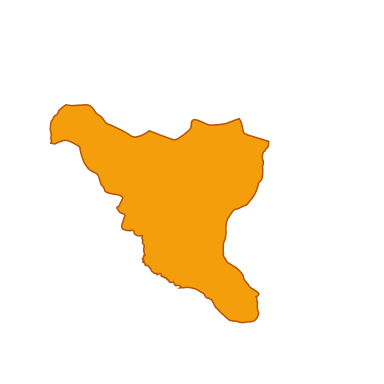 Sanasomboon, Champasak, Laos, rotated 237°
{"feature_id": "54806243B13253322740036", "entity_name": "Sanasomboon", "entity_type": "district", "adm_level": 2, "iso_a3": "LAO", "parent_name": "Laos", "parent_adm1": "Champasak", "projection": "mercator", "projection_center": [105.689, 15.318], "detail": "fine", "context": "isolated", "style": "filled", "palette": "amber", "viewbox_px": 384, "rotation_deg": 237, "n_neighbors": 0, "source": "geoboundaries", "source_scale": "gbopen_adm2", "svg_char_len": 6000}
<svg xmlns="http://www.w3.org/2000/svg" viewBox="0 0 384 384"><g transform="rotate(237 192 192)"><path d="M333.8,133.7L333.6,129.4L333.2,127.0L332.9,124.7L330.7,121.7L330.5,117.4L328.8,114.6L327.5,111.8L324.9,109.6L321.4,107.0L317.1,105.5L315.3,103.9L314.0,102.9L311.9,102.2L310.2,100.7L310.0,100.1L307.1,102.9L306.7,104.8L306.7,106.0L305.3,111.8L303.7,114.9L300.3,117.6L297.3,119.3L293.6,121.3L291.2,122.2L290.5,122.2L287.4,120.8L283.0,119.3L277.3,117.9L274.6,117.5L268.5,117.7L267.3,118.0L264.3,119.1L260.0,121.7L258.6,122.2L256.7,122.3L252.5,121.2L248.3,119.9L247.0,119.9L245.1,120.3L243.3,120.3L240.2,119.5L238.9,119.9L237.4,120.7L232.6,125.4L231.3,127.0L230.1,128.3L227.8,130.0L226.5,130.6L225.2,131.0L224.2,130.0L223.5,128.9L222.3,126.8L220.6,124.1L220.1,123.1L219.8,122.5L219.8,122.2L219.9,121.8L220.2,121.2L220.2,120.8L218.7,120.2L214.6,120.3L213.3,120.9L211.6,122.1L210.2,123.0L209.2,123.1L208.8,123.1L206.5,119.9L204.9,118.2L204.1,117.1L203.5,116.2L202.4,115.1L200.7,114.0L199.7,113.7L198.8,113.7L197.9,114.1L196.9,115.2L195.5,115.9L195.1,116.4L194.8,117.3L194.6,117.6L194.4,117.8L193.8,118.1L193.4,118.4L193.2,118.7L193.1,119.0L193.2,119.7L192.9,120.7L192.3,121.3L191.5,121.8L191.0,121.9L190.6,121.9L188.8,121.1L188.1,120.9L187.3,121.3L186.5,121.7L184.9,122.6L184.1,123.7L182.3,126.6L181.5,125.7L180.9,125.3L180.3,124.7L179.9,124.6L179.5,124.8L179.1,124.8L178.7,124.6L177.8,124.0L176.4,122.8L175.8,122.6L175.2,122.7L174.8,122.7L174.3,122.9L173.3,122.8L173.1,122.6L172.8,122.6L172.6,122.4L172.5,122.1L172.4,122.0L171.8,122.0L171.6,121.8L171.5,121.7L171.4,121.3L171.2,121.0L171.0,120.7L170.0,120.2L169.6,119.8L169.0,119.7L168.3,119.1L167.7,119.1L167.2,119.0L166.4,118.5L165.7,118.3L164.6,118.3L164.4,118.2L164.5,117.8L164.8,117.4L164.9,117.2L164.9,116.9L164.6,116.5L163.8,116.0L163.4,115.7L163.0,114.8L163.0,114.6L163.2,114.4L163.2,114.2L162.9,113.9L162.2,113.8L161.8,114.1L161.4,114.2L161.0,114.5L160.7,114.5L160.4,114.2L160.4,113.6L160.5,113.1L160.5,112.8L160.4,112.7L160.2,112.6L159.9,112.8L159.4,112.8L159.2,112.9L158.5,113.6L157.9,113.8L157.7,113.8L157.1,113.3L156.5,113.1L156.4,113.0L156.2,112.9L155.9,112.9L155.7,113.0L154.8,114.5L154.3,114.9L154.2,115.0L153.8,115.0L153.6,114.9L152.9,115.0L152.2,115.2L150.9,115.7L150.6,115.3L150.5,115.2L150.0,115.2L149.4,115.5L148.9,115.5L147.8,115.0L147.3,115.0L147.1,115.1L146.4,115.5L146.1,115.6L145.1,115.7L144.5,116.0L144.1,116.2L143.9,116.5L143.7,117.3L143.4,117.7L142.9,117.8L142.3,117.9L141.8,117.5L141.5,117.7L141.4,117.9L141.4,118.3L141.2,118.9L141.2,119.2L141.4,120.1L140.7,121.3L140.2,121.5L139.7,121.5L139.4,121.3L138.9,120.7L138.5,120.4L138.2,120.4L137.9,120.4L137.3,120.9L137.0,121.1L136.9,121.3L136.9,121.7L136.7,122.0L135.7,122.0L135.3,122.1L134.7,122.5L134.5,122.8L134.4,123.2L134.2,123.3L134.0,123.6L133.7,123.8L133.2,123.8L132.6,123.4L132.2,123.4L132.0,123.5L131.6,123.9L131.4,124.0L130.6,124.0L130.3,124.1L129.9,124.3L129.6,124.3L129.1,124.0L128.8,124.0L128.5,124.1L128.2,124.3L127.5,125.2L127.4,125.5L127.4,126.0L127.3,126.3L127.0,126.7L126.7,127.1L126.4,127.2L126.1,127.3L124.9,127.1L123.4,127.1L122.2,127.3L121.9,128.3L121.6,129.0L120.8,129.9L120.1,130.5L119.3,131.0L118.9,131.1L118.7,131.1L118.5,130.7L118.3,129.4L117.8,130.4L116.6,132.4L116.2,132.7L116.2,133.1L116.1,133.3L115.8,133.8L115.6,134.1L115.6,134.3L115.2,134.9L114.9,135.7L114.4,136.2L114.2,136.6L112.9,138.3L108.3,142.6L101.7,145.7L101.4,146.1L101.0,146.3L99.9,146.6L99.5,146.4L98.7,146.3L98.0,146.4L97.6,146.6L97.2,146.4L96.7,146.3L96.0,146.4L94.8,146.9L94.4,147.3L94.3,148.0L92.8,148.6L91.1,149.6L89.3,149.6L87.0,149.5L85.5,149.2L82.6,149.0L81.0,149.3L80.2,149.7L78.4,149.8L74.9,150.6L73.5,150.8L71.4,151.6L68.2,152.2L67.3,152.6L66.3,152.8L65.0,153.2L63.8,153.8L61.8,155.7L59.5,158.8L56.4,161.4L55.0,163.0L53.3,166.9L50.7,171.4L50.2,174.0L50.2,175.1L50.4,176.2L51.3,178.4L52.4,180.1L53.5,181.5L54.9,182.3L56.4,182.5L57.5,182.9L57.9,183.2L60.1,184.2L62.4,185.8L63.0,186.3L64.0,186.9L66.1,187.6L68.1,188.7L69.2,188.6L69.0,189.5L69.1,190.1L69.2,191.0L70.0,192.6L71.5,192.5L72.6,192.4L76.1,190.9L77.4,190.5L77.7,189.7L77.8,189.7L78.9,189.5L80.9,188.8L81.9,188.7L82.2,188.5L82.8,188.7L83.6,188.8L89.0,188.2L89.8,188.2L91.0,188.3L91.9,188.5L93.0,188.9L93.7,189.2L95.1,189.5L99.0,189.2L102.2,188.5L104.8,187.7L105.9,187.1L107.4,186.3L110.5,185.0L112.3,184.0L113.7,183.5L115.4,183.3L116.8,183.5L117.9,183.6L120.2,183.5L121.5,183.6L122.1,183.8L122.6,184.4L123.1,184.9L125.5,186.0L126.2,186.4L129.0,188.5L130.6,189.5L131.6,190.1L133.6,192.9L135.3,195.1L137.1,196.5L139.2,198.3L142.8,200.4L145.3,202.2L148.1,204.7L150.3,207.7L151.5,210.7L152.5,212.8L153.6,215.6L154.2,218.6L153.1,220.7L152.6,223.3L152.4,226.1L151.9,229.0L151.4,230.7L151.8,232.3L152.8,235.0L153.7,238.1L154.5,240.4L156.6,244.6L157.7,246.3L159.4,248.4L160.9,250.4L163.2,252.5L163.6,254.3L164.1,256.0L165.2,258.1L167.0,259.9L171.3,262.9L174.2,264.7L174.9,264.7L175.2,264.9L175.5,265.6L176.1,266.4L177.2,267.5L179.5,268.8L180.5,268.8L181.5,269.2L183.0,270.0L183.4,270.3L183.7,270.6L184.9,271.5L185.6,272.3L186.6,273.8L186.9,275.6L187.7,277.3L188.2,279.7L189.3,281.4L190.6,282.4L192.7,283.9L207.7,271.3L211.7,268.3L212.5,267.9L213.1,267.8L213.9,267.8L214.8,268.0L222.6,270.9L223.7,271.3L227.8,271.6L230.9,258.2L231.5,256.2L233.6,251.8L235.7,247.9L237.8,244.2L239.6,242.2L241.7,240.8L245.6,238.3L249.6,235.5L250.7,234.3L251.5,233.3L251.8,232.2L251.6,231.0L250.9,229.7L246.9,226.4L246.1,225.2L245.5,223.8L244.5,215.8L244.4,209.7L244.6,207.8L245.1,206.4L245.7,205.0L246.4,204.6L250.2,201.5L257.3,196.2L266.3,189.8L266.7,189.0L266.5,187.2L266.6,183.4L267.1,179.3L267.7,178.1L267.9,176.9L268.6,175.5L269.0,174.2L269.8,173.2L271.1,172.1L272.8,171.1L275.0,170.3L277.0,169.4L279.5,167.9L281.6,166.9L292.6,160.2L295.0,158.4L296.4,157.6L297.9,157.2L300.1,157.2L302.5,157.1L304.9,156.8L308.9,155.0L310.4,154.6L312.9,154.4L314.8,154.6L317.2,154.2L319.2,153.8L320.7,152.9L321.9,151.9L323.2,150.1L324.6,147.5L325.8,145.5L329.9,138.2L331.6,136.2L333.8,133.7Z" fill="#f59e0b" stroke="#b45309" stroke-width="1.5"/></g></svg>